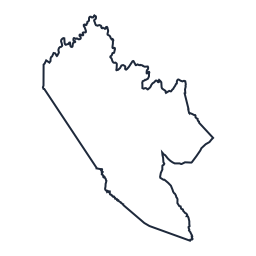 outline of Mazabuka, Southern, Zambia
{"feature_id": "96606910B8169685936662", "entity_name": "Mazabuka", "entity_type": "district", "adm_level": 2, "iso_a3": "ZMB", "parent_name": "Zambia", "parent_adm1": "Southern", "projection": "equal_earth", "projection_center": [27.75, -15.894], "detail": "fine", "context": "isolated", "style": "outline", "palette": "slate", "viewbox_px": 256, "rotation_deg": 0, "n_neighbors": 0, "source": "geoboundaries", "source_scale": "gbopen_adm2", "svg_char_len": 5637}
<svg xmlns="http://www.w3.org/2000/svg" viewBox="0 0 256 256"><path d="M185.8,84.3L185.4,81.9L185.3,81.5L185.1,81.6L184.8,81.2L184.0,80.8L182.3,81.4L181.6,81.0L180.7,80.8L179.0,79.7L178.5,79.5L177.9,79.6L177.4,80.1L176.9,81.2L176.8,83.5L175.9,84.1L175.2,85.7L173.8,87.7L173.3,88.8L172.3,89.6L171.1,91.3L170.7,91.4L169.2,90.9L166.0,92.9L165.6,92.2L165.7,91.4L165.4,90.8L162.3,88.7L161.8,87.9L161.6,87.1L161.3,82.3L160.5,81.2L159.1,79.9L158.8,80.4L159.0,81.3L159.0,81.9L158.5,82.2L158.0,82.1L156.9,80.7L156.0,80.5L155.3,81.0L154.2,82.3L152.6,83.3L152.2,83.8L151.3,85.0L150.6,86.7L149.9,87.6L148.0,89.3L147.5,89.4L146.7,88.6L145.8,88.1L145.2,88.1L143.6,88.7L142.4,88.1L142.4,84.0L142.2,82.9L142.6,81.6L142.7,81.2L144.6,80.4L145.1,79.8L145.7,79.9L147.9,78.7L148.8,76.8L149.0,76.0L149.0,73.5L149.3,72.6L149.3,72.3L149.1,71.9L148.6,71.9L147.5,73.3L146.7,73.3L146.6,73.0L146.7,71.2L146.9,70.3L147.9,69.2L148.1,68.5L148.1,67.2L147.7,66.5L144.7,66.7L143.0,66.0L142.9,65.7L142.1,65.3L140.3,64.9L140.1,65.2L139.0,65.1L137.8,64.5L137.5,64.4L136.3,65.1L135.7,65.1L133.5,61.1L133.2,61.0L132.5,61.3L128.9,66.8L127.2,68.8L126.2,69.6L125.7,69.5L125.3,69.2L125.1,68.3L125.3,66.9L125.2,66.5L124.8,66.0L123.2,65.1L122.0,65.3L121.4,65.6L120.0,68.1L118.1,69.8L116.5,70.2L116.3,69.9L116.6,68.6L116.8,65.0L116.8,64.1L116.7,63.7L116.4,63.3L115.5,62.6L114.3,62.8L113.5,62.6L112.7,61.7L112.0,60.0L111.6,58.5L110.4,57.3L110.3,56.9L110.6,56.2L111.4,55.7L112.0,54.7L112.4,53.3L112.8,53.0L113.8,52.9L114.1,52.7L114.8,49.8L115.0,48.9L114.7,48.0L114.0,47.8L113.4,48.2L112.7,48.0L112.5,47.6L112.5,46.4L112.9,43.6L112.9,41.6L113.3,40.5L113.2,39.8L113.0,39.4L112.4,38.9L112.0,39.0L112.0,39.5L111.7,39.5L110.9,38.2L110.6,37.9L110.2,36.6L109.5,35.7L107.8,34.8L107.6,34.6L107.5,33.9L108.1,31.3L108.1,30.4L107.6,28.7L107.4,27.6L106.9,26.9L106.2,27.0L106.0,27.3L105.7,28.4L105.5,28.7L104.8,28.8L103.7,27.9L103.5,27.6L103.7,27.9L102.7,27.8L102.3,27.9L102.1,28.2L101.8,28.1L101.3,27.4L101.2,26.1L100.7,25.6L99.4,25.1L98.1,25.4L97.7,25.7L96.0,25.2L95.4,24.2L94.8,22.3L94.1,20.7L94.4,19.8L95.4,19.2L96.0,18.0L95.9,16.5L95.5,16.1L95.0,16.0L94.4,15.4L94.1,15.6L94.1,16.1L93.3,17.3L92.9,17.5L92.3,17.2L91.6,17.4L90.8,16.7L89.9,16.8L89.6,17.0L89.1,17.9L89.0,19.0L89.0,20.4L88.8,20.9L88.2,21.4L87.5,21.7L87.3,22.1L87.3,23.2L86.7,23.7L86.5,24.8L86.0,25.1L85.7,25.1L84.6,24.5L84.2,24.6L83.8,24.9L83.8,26.0L84.9,27.9L85.9,30.9L85.9,32.0L85.5,32.4L83.5,32.4L82.8,32.7L82.7,33.5L83.2,34.6L83.2,35.0L82.9,35.3L81.7,35.2L80.1,34.5L79.5,35.1L79.6,35.9L80.4,36.7L80.7,37.4L80.7,38.3L80.4,38.8L79.7,39.2L78.6,39.3L76.9,38.4L75.8,38.9L74.5,38.1L73.8,38.1L73.6,38.4L73.4,39.2L73.5,40.5L75.1,41.3L75.2,41.9L74.9,42.2L73.4,42.6L72.9,43.6L72.5,46.5L71.9,47.0L70.9,46.7L70.6,46.3L70.2,44.9L70.1,43.0L69.9,42.5L69.3,42.6L68.2,44.1L67.3,44.2L65.8,44.8L65.1,44.3L64.6,43.0L64.3,38.3L63.5,38.1L62.6,38.5L61.4,39.7L61.1,40.8L61.1,41.7L61.6,42.8L62.2,45.3L62.1,45.9L61.2,46.8L59.9,47.1L58.9,48.2L58.4,49.9L58.5,50.8L58.9,52.3L58.5,53.5L57.8,54.5L57.4,55.5L56.9,56.0L56.3,55.4L56.1,54.7L55.1,53.3L53.6,53.0L52.1,56.4L51.2,57.0L50.6,58.4L50.5,61.1L49.4,62.6L46.2,60.4L44.6,63.6L43.6,64.6L43.5,85.6L42.9,87.3L43.5,88.9L44.3,89.0L96.8,168.2L96.7,168.4L101.0,169.2L100.8,169.8L101.0,170.1L101.4,169.1L102.0,169.2L102.1,169.5L101.8,170.2L102.0,171.0L101.7,171.9L101.9,172.1L102.3,171.8L102.7,171.9L102.7,172.1L102.4,172.6L101.9,172.6L101.8,173.2L102.0,173.6L101.8,174.4L102.8,175.0L103.4,176.0L103.2,176.8L103.4,177.1L103.7,177.1L103.9,176.3L104.6,177.0L104.5,177.7L104.9,177.8L105.6,178.7L106.1,180.5L106.4,180.8L105.9,183.0L105.6,183.8L105.5,186.5L105.1,188.6L105.2,189.4L105.6,190.1L106.3,190.5L106.6,191.1L106.7,190.8L107.1,190.9L107.2,191.2L107.5,191.0L107.7,191.4L107.9,191.1L109.0,191.3L108.9,191.4L109.0,191.7L109.4,191.8L109.3,192.1L109.8,192.1L109.8,193.5L110.0,194.2L110.4,194.6L111.2,194.7L111.6,195.1L111.7,195.5L112.1,195.8L112.3,195.7L113.2,196.8L113.8,196.5L114.1,196.6L114.8,197.9L114.9,197.7L115.2,197.9L115.2,198.5L116.4,199.2L116.7,199.2L116.8,199.5L117.0,199.3L117.3,199.7L118.0,200.0L118.3,200.2L118.2,200.7L118.4,200.7L119.3,201.5L120.4,202.1L120.6,202.4L120.9,202.5L120.9,202.8L122.0,203.5L122.8,204.3L123.2,204.3L123.2,204.8L123.7,205.4L144.3,223.0L149.4,226.0L189.8,240.6L190.0,240.2L190.2,240.3L190.4,239.7L191.9,239.6L192.4,239.1L192.1,238.7L192.3,238.4L191.9,238.0L192.1,237.1L191.9,237.0L191.9,236.6L191.7,236.5L191.8,236.0L192.1,235.9L191.8,235.1L191.6,234.9L191.6,234.6L191.0,233.7L190.4,232.2L189.6,231.4L189.3,230.6L189.0,230.4L189.3,229.4L188.8,228.5L188.7,227.7L188.5,227.1L189.0,226.5L189.5,226.3L189.5,225.1L189.3,224.5L189.3,221.2L188.5,217.8L188.0,216.6L187.0,216.1L186.7,216.1L187.2,215.0L186.8,214.2L185.9,213.3L184.8,212.8L184.3,212.0L183.2,210.9L183.0,209.7L182.6,209.2L181.9,209.2L181.1,208.6L180.6,206.4L179.3,206.1L177.4,203.1L177.5,199.2L177.0,198.0L176.4,197.4L175.9,195.5L174.9,193.7L174.1,193.2L173.1,191.6L172.6,189.9L170.9,185.7L168.1,182.8L164.4,179.7L163.5,179.8L160.3,177.8L160.1,176.8L160.8,173.0L162.4,169.4L162.3,168.1L162.4,165.7L162.7,165.3L163.5,165.0L164.3,163.8L163.4,162.1L163.1,157.7L162.5,155.3L162.2,152.5L163.9,154.5L165.2,155.2L167.9,158.6L170.3,160.8L172.5,162.3L174.7,163.4L179.7,163.4L180.7,163.9L181.6,164.0L185.0,162.3L191.3,162.6L191.8,162.3L196.3,156.3L200.3,150.5L201.4,148.2L205.7,144.2L209.4,142.1L211.6,139.4L213.1,137.9L199.2,122.9L199.0,121.6L198.4,121.4L197.6,119.9L197.6,118.8L196.5,118.3L195.5,117.2L195.5,115.6L195.2,115.1L194.1,115.0L192.0,113.9L189.5,112.9L189.4,113.3L189.1,113.0L188.2,109.2L188.5,109.0L184.6,93.3L185.3,93.0L185.0,89.4L185.7,86.6L185.5,85.9L185.8,84.3Z" fill="none" stroke="#1e293b" stroke-width="2"/></svg>